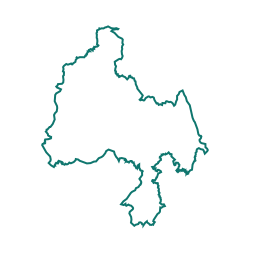 Wang Nam Khiao, Nakhon Ratchasima, Thailand (Natural Earth projection), rotated 201°
{"feature_id": "78962969B7842006163468", "entity_name": "Wang Nam Khiao", "entity_type": "district", "adm_level": 2, "iso_a3": "THA", "parent_name": "Thailand", "parent_adm1": "Nakhon Ratchasima", "projection": "natural_earth1", "projection_center": [101.843, 14.436], "detail": "fine", "context": "isolated", "style": "outline", "palette": "teal", "viewbox_px": 256, "rotation_deg": 201, "n_neighbors": 0, "source": "geoboundaries", "source_scale": "gbopen_adm2", "svg_char_len": 5741}
<svg xmlns="http://www.w3.org/2000/svg" viewBox="0 0 256 256"><g transform="rotate(201 128 128)"><path d="M202.0,81.3L195.6,76.0L190.5,73.5L188.9,71.0L188.6,69.6L189.5,66.9L186.5,65.6L183.2,65.0L183.0,66.7L182.6,66.8L183.1,67.4L182.7,68.2L182.9,68.9L182.6,69.7L180.7,69.8L180.4,71.4L181.2,71.6L181.0,72.5L177.5,72.6L176.9,72.4L177.5,71.4L176.5,70.7L176.1,71.1L174.0,71.0L173.7,72.2L172.0,72.1L170.9,73.2L170.4,74.7L168.7,74.6L166.5,76.7L165.4,79.1L165.6,80.3L163.2,80.7L161.4,80.1L153.7,80.2L150.4,81.8L147.8,84.4L145.8,85.4L144.5,89.3L142.3,91.4L141.2,93.1L140.2,96.4L140.1,98.6L138.4,100.9L132.6,101.0L131.0,98.8L128.7,96.8L126.6,95.7L124.7,93.9L124.8,96.7L123.1,97.7L119.5,98.2L119.0,97.9L119.6,97.3L119.5,96.8L118.3,97.1L117.8,96.9L117.8,96.3L117.6,96.6L116.6,96.0L114.9,96.9L114.6,96.5L114.0,98.0L112.7,98.5L112.0,98.1L111.8,97.4L111.0,97.3L110.3,97.8L110.0,97.0L109.1,96.5L108.8,95.2L107.6,95.1L106.1,93.6L105.5,94.3L104.8,93.6L104.7,94.4L105.5,96.5L104.5,98.0L103.3,94.8L102.5,94.4L101.8,93.3L101.0,92.8L100.0,93.2L98.8,92.9L99.0,91.6L97.9,89.1L99.1,84.6L96.7,82.9L96.2,82.2L95.9,80.9L96.2,80.8L96.1,79.3L96.6,78.9L97.1,76.6L99.0,74.7L99.0,72.5L101.3,69.9L102.1,68.4L103.8,61.4L106.0,57.9L107.1,54.3L104.5,54.5L103.2,56.3L102.5,55.0L101.7,54.8L100.1,56.7L99.1,56.4L97.2,56.6L95.1,55.6L94.5,55.0L94.4,53.9L96.3,50.4L96.1,48.7L93.2,46.1L91.9,43.6L91.3,40.7L87.1,39.0L86.2,40.4L84.0,42.0L83.7,43.8L82.5,44.4L81.0,44.1L80.3,43.2L79.0,43.5L78.7,42.7L78.0,45.6L76.9,47.6L76.4,46.8L73.5,46.0L72.9,45.5L71.2,46.0L70.5,46.9L69.8,46.8L69.8,47.9L69.3,49.7L71.0,50.0L71.1,51.5L69.6,58.5L68.8,59.4L68.2,61.2L69.4,65.4L68.2,65.5L67.3,67.0L65.6,68.3L67.1,69.6L69.1,68.7L71.3,69.5L71.1,71.1L71.7,73.2L72.4,73.5L72.7,74.7L74.0,75.1L73.9,75.8L74.5,76.0L75.0,76.9L75.5,76.9L75.3,78.2L75.7,78.6L75.5,78.9L77.1,80.3L76.9,81.1L77.7,82.7L78.7,83.0L79.0,84.1L78.7,84.9L80.0,85.8L80.3,87.1L81.1,87.1L82.1,86.5L83.5,86.8L84.4,85.9L85.5,86.8L86.5,87.1L86.4,88.2L84.0,88.9L83.6,91.2L83.8,91.9L83.3,92.3L83.5,96.2L81.3,98.7L82.0,99.5L84.4,99.9L85.2,99.6L85.3,98.0L87.1,98.1L87.8,100.2L89.5,98.8L91.4,100.3L89.5,101.4L89.1,103.6L87.3,105.9L87.6,106.9L87.0,107.4L86.6,109.1L85.8,109.9L86.2,111.0L87.2,111.8L87.7,111.7L87.9,112.5L86.6,114.4L87.0,115.2L85.9,115.4L85.8,116.3L83.7,116.6L83.6,117.2L83.3,117.0L82.0,118.3L81.3,119.8L79.4,118.6L78.8,119.1L77.9,119.1L77.3,117.0L72.9,115.3L73.9,113.2L71.7,110.2L71.0,110.0L70.5,110.5L70.7,112.9L68.9,113.4L67.9,112.8L67.7,112.2L66.9,112.1L66.5,110.8L66.8,109.6L66.4,108.3L67.0,107.5L67.5,105.9L67.1,105.9L66.8,105.0L66.3,104.9L66.3,105.9L65.8,105.9L65.3,105.2L64.9,106.0L65.1,106.7L64.4,107.4L63.5,107.3L62.9,108.1L62.7,107.2L62.1,107.5L62.2,109.3L61.8,109.2L61.9,108.5L61.4,109.1L60.9,108.3L60.5,109.0L60.0,108.5L59.4,109.2L59.2,108.5L58.5,108.5L59.1,108.0L58.9,107.5L58.3,107.9L57.9,107.0L57.2,106.7L57.0,106.1L56.7,107.0L55.9,106.5L55.4,107.0L55.7,107.9L54.8,110.7L53.3,112.0L54.6,117.0L54.4,120.1L53.7,121.2L54.2,121.2L54.1,123.1L55.2,124.4L54.9,125.5L55.3,125.6L55.2,127.5L56.0,129.1L55.4,130.5L56.0,131.8L55.9,133.1L54.6,134.6L52.5,134.3L50.4,134.7L49.3,134.1L47.1,131.6L45.7,134.8L45.6,136.0L46.8,137.1L48.7,137.7L50.0,140.8L54.0,140.2L55.2,140.5L56.6,141.7L57.0,142.8L56.3,144.4L56.5,146.4L57.1,146.8L58.5,146.4L60.1,147.5L62.8,151.8L67.7,157.4L69.0,158.2L71.4,160.7L78.5,171.4L82.7,174.2L85.1,177.5L87.2,179.0L90.5,182.6L92.8,180.1L92.8,177.5L93.7,175.6L92.4,172.3L92.6,170.1L92.3,166.7L93.0,165.3L95.0,167.0L96.6,167.6L97.9,167.6L98.8,166.9L101.4,166.9L102.1,166.3L102.0,164.5L104.8,163.7L104.4,161.7L106.5,161.7L107.6,160.6L109.2,161.8L110.1,161.1L113.4,163.7L114.8,165.6L116.3,165.8L118.0,164.6L119.7,165.0L120.4,164.7L122.2,162.3L122.7,159.7L123.3,159.3L125.0,159.4L126.4,158.3L127.2,158.6L126.0,161.4L125.9,163.7L133.5,168.2L133.8,169.1L136.4,171.6L137.7,174.2L138.6,174.4L140.2,176.5L141.7,176.1L142.3,176.7L143.7,176.4L144.6,177.6L145.5,177.1L145.5,174.8L146.2,173.1L149.0,174.5L151.1,174.5L152.1,175.1L154.6,172.4L155.1,172.8L155.2,173.5L156.7,173.3L156.8,174.5L158.0,174.2L158.3,174.7L158.9,174.6L159.4,175.0L159.3,176.2L159.7,176.7L160.6,176.8L161.1,178.9L161.3,181.4L162.7,182.4L164.1,185.1L161.3,188.9L160.4,189.6L159.1,189.7L158.7,191.4L158.8,193.3L160.0,194.6L161.5,197.5L161.7,199.8L162.5,200.9L162.8,202.5L162.4,204.2L163.7,205.3L164.6,208.7L165.7,209.3L169.7,209.6L174.7,212.0L178.2,212.5L177.4,214.2L174.3,216.1L172.8,216.5L172.6,217.0L174.7,217.0L176.5,215.9L179.4,215.2L183.0,215.7L184.6,214.1L185.3,213.8L186.5,212.2L188.3,211.6L189.5,210.6L190.4,210.7L190.3,209.7L191.9,208.0L191.2,206.5L191.4,205.6L191.1,204.6L190.6,204.2L189.5,200.9L188.9,200.5L187.7,198.1L186.9,195.0L185.2,194.5L185.3,193.9L186.1,192.8L187.3,192.4L187.8,191.6L188.7,191.6L188.7,191.0L188.0,189.8L189.0,189.7L188.9,188.8L189.7,188.6L188.8,188.1L188.7,187.7L191.0,188.2L192.5,186.8L192.4,186.1L191.4,185.8L193.1,185.1L192.6,184.4L193.1,183.0L192.8,182.4L193.2,182.1L192.9,181.5L193.4,181.0L193.3,180.3L193.8,180.2L194.1,178.4L198.3,176.9L200.0,175.4L201.2,175.6L201.3,175.2L200.6,174.5L201.2,172.8L200.8,170.9L202.5,168.5L202.7,167.5L203.4,167.3L204.2,167.8L206.8,165.6L208.6,165.6L210.1,163.0L210.4,161.6L209.3,159.9L209.0,157.5L208.1,157.5L207.7,157.0L206.8,154.2L207.2,153.5L207.0,152.6L205.5,149.9L204.8,147.3L205.5,145.6L209.1,143.9L209.0,142.3L209.8,141.0L208.9,140.4L204.4,140.1L204.6,138.0L207.4,134.6L207.8,132.8L206.0,126.7L202.1,123.0L201.2,121.2L200.5,117.9L201.5,115.6L201.7,113.6L199.5,109.7L199.7,104.8L200.8,101.1L201.6,100.8L202.6,97.9L203.4,97.3L203.0,96.1L203.4,95.2L200.7,93.7L200.1,92.6L199.4,92.2L198.1,92.3L196.8,91.5L196.5,91.8L196.2,91.0L196.3,90.6L198.4,89.0L201.2,87.6L201.2,86.7L200.3,85.3L200.8,84.6L200.1,83.9L202.0,82.5L202.0,81.3Z" fill="none" stroke="#0f766e" stroke-width="2"/></g></svg>